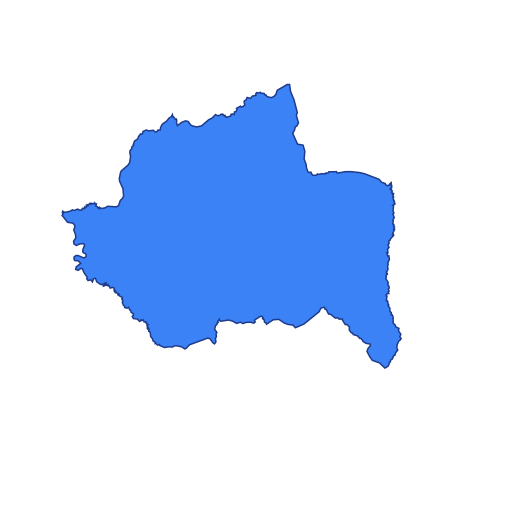 Samrong, Ubon Ratchathani, Thailand (Mercator projection), rotated 323°
{"feature_id": "78962969B51055039755646", "entity_name": "Samrong", "entity_type": "district", "adm_level": 2, "iso_a3": "THA", "parent_name": "Thailand", "parent_adm1": "Ubon Ratchathani", "projection": "mercator", "projection_center": [104.788, 14.959], "detail": "fine", "context": "isolated", "style": "filled", "palette": "blue", "viewbox_px": 512, "rotation_deg": 323, "n_neighbors": 0, "source": "geoboundaries", "source_scale": "gbopen_adm2", "svg_char_len": 6141}
<svg xmlns="http://www.w3.org/2000/svg" viewBox="0 0 512 512"><g transform="rotate(323 256 256)"><path d="M408.1,278.8L405.5,279.0L404.8,279.6L402.9,278.7L402.5,276.7L402.9,276.0L400.7,272.7L400.4,268.7L392.1,255.5L388.8,251.6L382.3,245.5L378.0,242.4L371.0,238.8L370.7,238.0L371.1,237.1L364.8,232.6L363.2,233.0L362.0,232.0L361.0,232.2L361.0,231.6L359.4,231.2L357.8,229.6L355.2,228.6L354.4,227.4L352.8,227.9L350.2,225.9L349.8,224.4L350.3,222.0L348.6,221.3L348.2,219.7L349.3,216.2L351.1,213.1L352.8,207.5L358.0,201.8L360.3,195.8L356.5,191.7L359.1,180.2L362.8,178.5L365.0,176.5L366.6,176.8L370.0,175.3L372.8,168.0L375.3,166.3L380.4,154.0L382.6,145.4L386.0,139.3L384.2,137.8L372.8,136.4L369.1,138.9L366.3,139.4L363.5,138.7L360.8,135.5L360.8,133.1L360.0,132.4L360.3,131.0L358.0,129.0L358.0,127.9L356.3,127.4L354.9,125.9L353.3,126.4L352.6,127.7L349.4,126.1L346.5,126.8L344.2,124.0L342.0,125.4L340.3,125.1L339.4,125.5L338.0,128.5L336.2,128.9L333.8,128.2L333.8,127.0L329.3,126.3L329.1,127.5L327.0,128.6L325.5,128.0L323.8,129.9L322.7,128.4L321.3,127.8L320.3,129.0L315.6,127.4L315.9,125.3L315.0,125.2L315.2,123.6L314.3,123.1L314.5,122.3L313.0,121.7L312.0,122.0L309.8,120.9L308.8,118.7L303.8,119.4L300.0,118.7L290.8,119.3L286.4,117.3L283.7,114.1L282.7,112.0L282.8,107.8L281.1,105.7L277.3,104.5L271.7,104.6L272.8,101.5L274.4,100.0L274.8,98.7L273.9,98.3L273.9,95.1L273.3,94.7L274.3,92.8L272.0,93.8L269.7,93.5L265.7,94.5L260.5,94.3L257.2,95.9L255.4,97.7L253.4,96.4L251.4,97.1L249.9,95.8L249.7,93.8L245.6,91.5L244.3,89.4L240.7,88.5L239.6,89.7L238.0,89.9L237.2,89.0L233.8,90.0L232.3,91.3L228.2,91.1L224.8,93.3L224.8,94.0L222.4,94.2L221.7,95.4L218.9,96.0L217.6,97.3L215.6,101.2L211.2,105.4L208.4,106.4L199.5,107.0L197.8,108.0L193.3,112.0L192.0,114.4L190.3,122.1L186.3,128.5L184.0,129.6L181.0,130.0L176.8,132.9L174.2,132.8L167.4,127.0L164.4,126.7L161.7,125.3L160.3,123.6L159.6,123.8L160.1,122.8L158.8,122.7L159.0,121.3L158.1,119.8L159.9,118.4L158.9,117.5L159.1,116.8L158.5,117.2L158.0,116.2L156.3,115.8L156.5,115.1L155.0,114.0L154.7,114.7L153.1,113.9L152.5,114.4L152.1,113.7L151.6,114.6L150.9,113.5L150.0,114.8L148.9,114.8L148.6,113.7L147.5,114.8L146.1,113.5L144.3,114.4L142.1,112.4L141.9,111.3L138.0,110.1L137.0,108.5L136.0,108.8L131.1,107.0L129.1,105.4L128.6,103.9L127.6,104.7L127.9,105.7L127.2,105.6L126.8,106.6L125.6,106.9L125.8,115.7L129.6,119.6L129.6,122.4L129.3,123.4L126.1,125.6L124.7,130.4L123.0,133.1L119.2,134.4L117.9,136.9L118.9,139.5L122.5,140.3L125.0,141.8L125.7,142.7L125.7,144.2L121.8,146.5L120.3,148.2L120.0,149.2L121.3,152.0L120.4,153.7L119.4,154.3L117.3,153.9L114.2,148.6L112.6,147.3L110.0,147.3L108.7,149.2L108.6,150.7L111.1,152.8L111.6,156.4L105.9,156.5L103.9,158.2L105.3,160.4L108.8,160.6L109.7,161.6L108.6,165.9L108.4,171.4L108.0,172.2L107.1,172.4L107.1,174.5L109.7,175.7L109.8,178.3L112.5,176.3L114.3,177.3L113.3,180.7L114.7,185.2L116.6,186.3L115.9,188.2L117.7,188.7L118.3,186.6L120.1,187.2L118.8,188.8L119.4,190.1L120.7,189.9L120.2,191.2L120.7,192.2L120.2,193.8L123.2,195.2L123.1,197.0L122.4,197.4L122.7,199.5L121.7,198.9L121.6,200.5L123.0,202.5L122.4,204.1L123.6,204.0L122.9,205.6L124.2,208.5L123.7,209.5L122.9,209.6L122.7,211.8L121.3,212.6L120.5,215.5L120.9,217.2L120.1,218.1L121.5,220.0L123.4,220.3L122.7,223.2L123.1,224.5L122.4,225.7L123.2,228.6L122.4,229.6L120.9,229.6L120.4,232.1L123.2,234.9L123.7,238.2L125.3,238.5L125.7,237.8L126.6,239.1L127.5,239.1L127.0,241.4L128.5,242.4L127.8,243.0L128.5,245.3L128.4,245.9L127.5,245.4L126.9,246.3L126.8,248.3L126.4,247.7L125.7,248.0L125.6,249.7L126.2,250.3L125.0,251.6L125.5,252.4L125.3,253.8L123.4,256.9L123.5,260.1L122.7,261.8L123.6,264.2L122.7,265.3L123.5,265.7L123.7,267.9L125.6,268.6L125.3,269.6L127.9,274.1L131.5,275.9L134.5,278.4L137.2,278.9L138.4,279.8L142.1,284.0L143.1,287.3L144.7,287.7L149.5,286.9L168.0,292.5L169.4,294.2L169.4,299.7L170.0,301.2L172.2,300.6L174.1,297.3L175.8,296.6L177.3,294.1L178.8,293.5L178.8,289.7L182.0,287.1L183.2,287.3L185.0,286.1L185.8,286.3L186.0,285.2L188.6,284.3L188.1,285.8L188.5,286.8L195.6,290.7L198.1,293.9L200.0,298.2L203.7,299.4L204.9,302.1L208.4,303.2L211.9,305.7L213.8,308.3L215.7,308.2L216.0,306.4L216.7,306.3L223.3,306.9L224.4,307.8L224.5,309.6L223.5,310.0L224.1,312.1L223.0,313.9L223.7,315.6L223.3,316.8L231.3,317.3L236.1,320.3L238.2,326.5L240.5,330.0L243.9,333.4L244.3,337.0L253.4,339.2L273.0,338.5L276.2,336.7L278.9,337.6L279.8,338.4L279.1,339.7L279.9,341.0L279.0,346.1L280.4,347.0L281.9,353.2L284.3,354.8L284.3,356.4L287.1,358.2L286.5,358.9L286.0,364.5L287.5,365.6L287.9,368.8L285.9,371.3L285.9,374.6L286.7,375.7L286.4,377.3L289.0,380.9L289.3,384.4L290.4,385.3L290.1,388.7L291.3,392.0L294.2,395.0L293.6,396.3L289.5,397.4L287.2,399.0L286.2,405.1L286.1,409.3L290.3,415.7L291.5,423.1L294.9,423.5L296.4,423.0L298.6,421.2L299.6,421.5L300.8,420.1L302.9,420.3L306.0,418.4L307.2,418.8L309.5,417.2L312.6,416.5L313.1,414.1L315.6,411.6L319.3,409.7L320.8,409.9L322.2,409.3L322.2,407.1L324.6,405.6L324.7,401.6L326.6,399.8L325.0,396.8L325.6,394.7L325.2,392.0L328.8,387.3L329.4,384.8L328.6,384.3L330.0,382.5L329.7,380.7L331.5,378.2L331.7,374.9L332.6,374.9L332.6,373.8L333.9,371.5L333.8,370.5L333.1,370.2L336.5,366.8L336.0,366.1L336.5,365.4L337.6,365.0L339.5,365.9L340.0,364.2L341.2,364.1L341.7,362.1L343.2,361.7L344.1,359.8L344.1,358.0L345.6,356.9L346.1,352.1L347.3,351.5L347.8,350.0L350.1,349.5L350.4,348.8L349.8,348.4L350.7,347.0L352.1,346.9L353.8,345.6L354.3,344.0L356.6,342.1L357.0,340.9L360.5,339.0L362.2,335.8L361.2,335.5L361.7,333.6L362.7,333.2L362.6,332.2L363.4,332.6L365.0,330.0L366.7,329.1L367.3,329.3L368.1,326.7L369.8,326.1L371.0,324.0L372.9,324.0L373.8,323.2L378.2,322.4L377.8,321.2L379.0,321.2L379.1,319.9L382.1,318.6L382.0,317.6L382.9,317.7L382.8,316.6L383.4,315.7L384.2,316.0L384.4,313.9L385.1,313.7L384.6,312.5L386.8,310.6L386.8,309.6L389.5,308.6L390.6,304.9L391.9,304.8L392.6,302.4L396.2,298.5L395.8,297.8L398.3,298.1L398.5,296.7L399.1,296.4L399.0,295.2L399.8,294.6L399.5,293.8L400.8,291.5L401.4,291.7L401.5,290.3L402.5,289.8L402.3,288.6L403.3,288.8L402.6,286.7L404.0,286.1L403.4,283.8L404.4,283.9L404.1,282.8L405.6,282.9L406.7,281.7L406.3,280.9L407.1,280.5L408.1,278.8Z" fill="#3b82f6" stroke="#1e3a8a" stroke-width="1.5"/></g></svg>